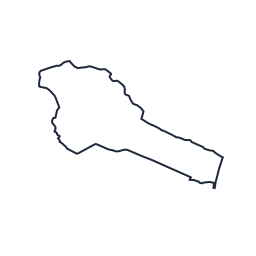 SVG path tracing the border of Benin, rotated 294°
{"feature_id": "BEN", "entity_name": "Benin", "entity_type": "country or territory", "adm_level": 0, "iso_a3": "BEN", "parent_name": "Africa", "parent_adm1": "", "projection": "natural_earth1", "projection_center": [2.346, 9.3], "detail": "fine", "context": "isolated", "style": "outline", "palette": "slate", "viewbox_px": 256, "rotation_deg": 294, "n_neighbors": 0, "source": "natural_earth", "source_scale": "50m", "svg_char_len": 1831}
<svg xmlns="http://www.w3.org/2000/svg" viewBox="0 0 256 256"><g transform="rotate(294 128 128)"><path d="M108.4,231.6L108.1,230.4L112.9,229.0L111.9,224.5L108.9,219.3L107.7,218.4L107.1,215.8L107.9,214.1L107.5,212.9L107.3,209.4L105.8,205.5L108.5,205.4L108.5,192.9L108.5,180.9L108.5,170.7L108.5,162.6L108.0,152.9L107.9,145.8L107.8,136.4L106.8,133.5L102.7,128.6L101.6,126.0L101.4,122.6L100.5,119.1L100.5,112.9L100.4,105.8L100.0,104.6L95.6,101.2L89.3,96.4L84.5,92.7L84.2,92.5L83.7,91.5L84.4,80.7L85.4,79.3L86.9,74.8L87.7,71.2L88.4,71.2L89.3,70.0L90.1,68.3L90.9,68.6L92.3,69.0L93.0,68.4L92.9,67.0L93.4,65.7L94.5,65.1L94.8,63.9L94.8,62.5L95.7,62.1L97.3,62.2L98.6,61.7L99.7,61.0L101.1,58.2L101.8,57.2L102.1,56.5L102.9,55.9L105.0,55.6L106.7,55.8L107.9,57.5L115.3,56.0L118.8,56.9L126.0,49.8L127.7,47.7L129.9,42.7L130.6,40.8L131.3,37.4L129.9,31.0L129.9,29.9L132.9,28.5L136.6,27.4L138.1,27.4L139.0,26.8L140.4,25.4L142.6,24.4L143.9,24.8L144.7,25.0L152.5,33.4L155.9,37.6L156.8,39.8L158.6,41.3L161.2,42.3L163.5,44.5L165.4,47.5L164.2,49.7L162.4,54.2L162.3,57.6L166.6,65.0L167.1,65.7L168.3,66.9L168.9,68.3L169.4,71.9L169.7,76.0L170.1,78.7L172.2,82.6L172.3,84.1L170.9,89.9L170.5,90.5L170.1,90.7L167.9,90.2L166.9,90.8L165.7,92.8L164.9,94.7L164.9,95.5L166.9,99.2L165.6,104.4L164.3,107.7L162.0,109.5L159.9,110.0L158.5,110.8L157.6,112.0L157.8,115.7L154.7,119.1L153.0,121.5L152.2,123.0L152.5,127.4L151.4,131.8L149.6,135.3L145.3,136.1L141.8,136.5L140.5,145.4L140.6,151.1L140.3,156.9L139.7,159.2L139.9,162.5L139.7,170.0L139.2,175.9L139.8,177.5L140.2,181.0L140.2,184.6L141.1,187.1L142.1,189.3L142.0,190.4L141.5,191.1L141.1,192.0L141.1,200.5L141.2,203.0L141.0,204.6L140.2,205.9L140.5,210.2L141.1,212.9L141.8,215.0L141.2,216.6L140.6,218.9L139.8,224.5L139.8,226.5L127.7,227.8L114.1,230.1L108.4,231.6Z" fill="none" stroke="#1e293b" stroke-width="2"/></g></svg>